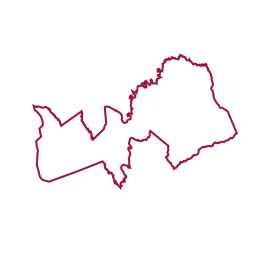 Mpongwe, Copperbelt, Zambia (Equal Earth projection), rotated 339°
{"feature_id": "96606910B43712843056023", "entity_name": "Mpongwe", "entity_type": "district", "adm_level": 2, "iso_a3": "ZMB", "parent_name": "Zambia", "parent_adm1": "Copperbelt", "projection": "equal_earth", "projection_center": [27.957, -13.579], "detail": "fine", "context": "isolated", "style": "outline", "palette": "rose", "viewbox_px": 256, "rotation_deg": 339, "n_neighbors": 0, "source": "geoboundaries", "source_scale": "gbopen_adm2", "svg_char_len": 5830}
<svg xmlns="http://www.w3.org/2000/svg" viewBox="0 0 256 256"><g transform="rotate(339 128 128)"><path d="M227.7,171.8L227.0,148.1L224.0,143.9L222.7,142.7L221.0,141.8L220.9,139.2L219.7,136.5L219.5,134.1L219.0,132.7L219.2,129.0L219.9,127.0L220.3,124.0L219.6,121.5L220.5,119.9L221.7,119.3L222.7,118.1L223.1,117.2L223.5,112.3L224.4,111.0L224.0,109.0L224.6,107.8L224.5,106.1L224.1,105.6L224.4,104.4L223.4,102.4L224.2,101.3L223.6,100.4L223.7,98.9L223.4,98.2L224.0,96.7L223.2,96.1L223.0,97.0L222.1,97.1L222.0,96.2L221.1,96.5L220.1,95.6L220.0,95.1L219.5,95.3L219.4,96.0L218.9,95.6L218.1,96.1L217.3,95.2L217.4,94.5L215.7,94.2L215.2,94.4L214.7,92.8L213.5,92.2L213.3,91.7L211.7,92.0L211.1,89.4L210.3,88.3L210.2,87.3L209.7,87.0L209.7,86.6L209.4,87.1L208.8,86.3L207.4,86.0L206.9,85.2L206.8,82.5L206.1,82.4L204.9,80.7L204.5,80.8L204.3,79.7L203.9,79.8L203.6,79.3L203.3,79.5L202.8,78.7L202.0,79.8L201.7,79.5L201.1,79.9L201.0,80.6L200.5,80.5L200.1,81.7L199.4,81.9L198.7,81.0L197.6,80.8L196.5,79.2L195.6,79.5L195.0,78.1L194.3,77.6L194.0,77.7L194.1,78.3L193.4,79.0L191.9,78.9L191.1,77.8L190.6,78.8L189.9,77.9L189.2,77.7L188.4,78.6L187.5,77.6L186.6,78.4L186.0,78.4L185.8,78.8L186.1,78.8L186.3,79.8L183.0,80.7L182.9,82.9L181.3,85.2L180.4,87.4L178.9,86.3L178.2,84.1L176.9,83.7L176.0,85.5L176.1,86.2L177.7,86.1L178.2,87.2L177.1,89.0L176.0,89.5L175.0,89.3L174.6,89.9L176.3,91.1L176.7,92.2L176.0,92.0L175.3,92.8L172.8,92.5L172.3,93.5L171.6,93.6L171.4,95.3L170.7,96.9L168.7,95.7L167.0,95.3L167.4,91.7L166.8,91.0L166.2,91.4L166.3,92.3L164.3,95.6L163.3,95.4L161.9,91.7L161.8,90.5L160.4,90.7L160.2,94.9L159.4,95.3L160.0,96.2L159.3,96.7L158.9,96.6L159.0,95.6L158.1,95.9L157.0,94.4L158.9,92.4L158.3,91.5L157.4,91.2L156.2,91.9L155.4,93.2L154.1,93.4L152.7,92.3L151.9,92.7L150.4,95.8L149.5,96.2L149.3,97.3L148.7,97.4L148.5,97.8L148.3,96.9L147.2,97.4L146.6,96.9L145.4,95.2L145.3,97.7L146.4,99.5L145.9,101.9L144.0,101.7L143.3,100.7L142.7,98.8L141.7,98.7L140.8,99.6L140.3,100.5L140.5,101.1L141.3,100.1L141.9,100.0L142.3,100.4L142.3,102.8L140.1,104.5L140.0,106.2L138.5,107.9L138.3,110.0L139.1,111.5L137.6,112.0L137.5,113.2L136.8,114.7L136.9,116.3L136.5,116.5L136.0,115.7L134.1,114.6L132.2,115.1L132.0,116.3L132.1,117.0L133.7,116.8L134.5,117.7L134.3,119.4L133.5,120.5L130.4,120.5L128.9,122.2L126.5,122.0L125.6,121.2L125.1,117.8L126.1,116.5L126.7,113.8L125.7,110.5L124.9,110.0L123.5,107.6L122.8,107.7L122.1,106.4L117.8,101.4L115.5,100.2L113.8,100.1L109.2,116.3L107.3,117.3L105.1,120.3L90.9,126.4L90.6,126.2L91.1,125.5L90.6,124.8L91.0,124.5L90.4,124.4L90.9,123.5L90.6,123.5L90.5,122.7L90.8,122.2L91.0,122.6L91.3,122.3L91.8,120.2L91.9,118.4L91.6,117.8L91.2,118.1L91.1,117.5L90.5,117.8L90.7,116.9L90.1,116.5L90.3,115.5L89.9,115.4L89.6,114.5L89.9,114.2L89.5,114.1L89.5,113.6L88.9,112.8L89.1,112.4L88.7,110.6L88.3,110.5L88.3,109.7L88.7,109.2L88.2,109.0L87.8,107.9L88.2,106.8L87.9,106.8L87.9,105.9L87.2,104.8L87.6,103.8L88.0,103.8L88.0,103.3L88.4,103.1L88.6,101.8L88.7,102.0L89.0,101.6L89.2,100.8L88.7,100.5L89.5,100.1L90.3,98.7L90.4,97.9L90.1,97.7L90.6,96.8L90.7,95.7L66.4,102.0L66.7,100.4L66.1,99.9L66.1,99.4L66.8,98.4L66.5,97.8L66.7,97.3L66.0,95.9L66.2,95.4L65.6,95.5L65.1,93.1L64.6,92.8L64.4,91.9L63.9,91.7L64.1,91.0L63.9,91.0L63.6,90.0L63.9,89.1L62.9,88.6L62.8,87.6L62.5,87.7L62.0,86.1L61.5,85.5L61.7,84.7L61.3,83.9L61.7,83.0L61.6,82.2L61.2,82.2L61.3,81.8L60.9,81.4L60.7,81.7L60.5,80.9L59.8,80.6L59.0,78.8L55.8,78.6L51.8,75.6L50.3,75.7L47.9,73.4L47.4,78.0L49.2,80.8L50.8,86.0L50.6,91.2L50.3,92.7L49.2,95.0L45.1,96.8L44.0,103.0L43.9,104.9L37.6,107.3L36.1,112.8L36.1,115.8L29.9,129.2L29.4,131.1L29.5,132.3L28.3,142.0L29.3,145.2L29.9,146.0L35.0,149.8L63.6,150.3L92.2,150.1L92.1,150.9L93.3,152.3L93.1,152.6L93.6,153.9L92.7,154.5L93.1,155.6L92.2,156.8L92.6,157.6L92.5,158.3L93.7,159.2L93.8,159.8L93.5,160.1L94.0,161.0L93.8,161.6L94.3,161.9L93.5,163.0L93.8,163.4L94.5,163.2L94.5,163.7L95.1,163.7L95.4,163.3L96.7,164.1L96.5,165.6L97.1,166.4L97.4,167.6L96.4,168.4L96.6,169.0L96.4,169.8L96.6,172.3L97.3,172.9L97.3,173.5L96.9,173.0L96.5,173.2L96.4,174.0L96.0,173.7L96.0,174.9L96.7,175.9L97.3,175.6L97.9,176.6L98.5,179.0L99.5,179.9L99.3,180.5L99.5,181.1L100.0,180.3L101.4,179.7L100.8,178.1L101.5,176.7L103.7,175.9L104.1,176.6L105.1,175.5L105.3,176.3L105.8,176.7L105.9,176.1L105.3,175.3L105.5,174.4L106.5,174.8L107.2,173.1L108.3,173.5L108.7,173.2L109.0,172.2L107.9,169.6L107.9,167.0L107.1,164.2L107.4,162.6L108.4,161.3L109.5,160.8L111.2,160.9L113.1,162.8L114.0,163.0L114.1,165.2L115.8,165.9L115.7,164.8L116.3,161.5L117.5,158.9L117.6,157.1L120.8,153.1L121.2,151.4L120.7,148.0L120.9,147.1L121.6,146.5L122.8,148.1L124.1,148.0L124.2,146.6L123.4,143.8L123.4,142.7L126.2,138.8L127.5,138.5L128.7,139.1L130.8,141.8L131.8,142.2L132.2,143.1L133.1,142.9L133.2,143.5L134.3,143.9L134.7,144.7L136.7,145.0L137.6,144.4L137.9,144.9L140.1,145.0L140.9,145.7L141.2,145.2L142.1,144.9L143.4,143.8L144.5,144.2L145.8,142.4L146.3,140.6L147.8,138.8L159.3,159.3L158.5,160.2L158.4,161.3L157.5,163.3L156.0,165.0L156.2,166.8L155.7,167.9L155.2,168.3L154.2,168.2L152.9,169.0L153.6,171.1L153.4,172.3L154.2,173.7L154.5,175.6L155.7,176.2L155.3,178.6L155.9,179.9L156.5,180.3L156.7,181.1L156.2,181.7L156.2,182.5L157.0,182.0L158.2,182.6L160.7,181.2L161.2,180.6L163.1,180.3L163.7,179.9L164.2,178.7L164.6,178.7L164.8,179.3L165.7,178.9L166.2,179.5L167.8,179.3L168.2,178.8L169.7,179.7L170.7,179.0L171.5,179.2L171.8,178.7L172.7,178.4L174.0,179.0L176.7,178.6L178.1,177.4L179.2,177.4L179.4,176.9L183.1,177.6L184.5,176.8L185.5,175.5L185.7,174.5L186.4,173.6L191.6,172.4L192.7,173.4L194.2,173.2L194.8,173.6L195.2,173.4L197.5,173.9L198.9,175.1L200.2,174.5L200.9,174.9L201.2,174.0L203.9,172.6L205.2,174.0L206.3,173.9L206.8,174.5L207.8,174.1L208.2,174.5L210.6,174.5L213.3,175.5L214.5,174.9L217.4,175.2L218.1,174.7L220.6,174.2L221.5,174.9L222.9,174.4L225.4,172.5L227.7,171.8Z" fill="none" stroke="#9f1239" stroke-width="2"/></g></svg>